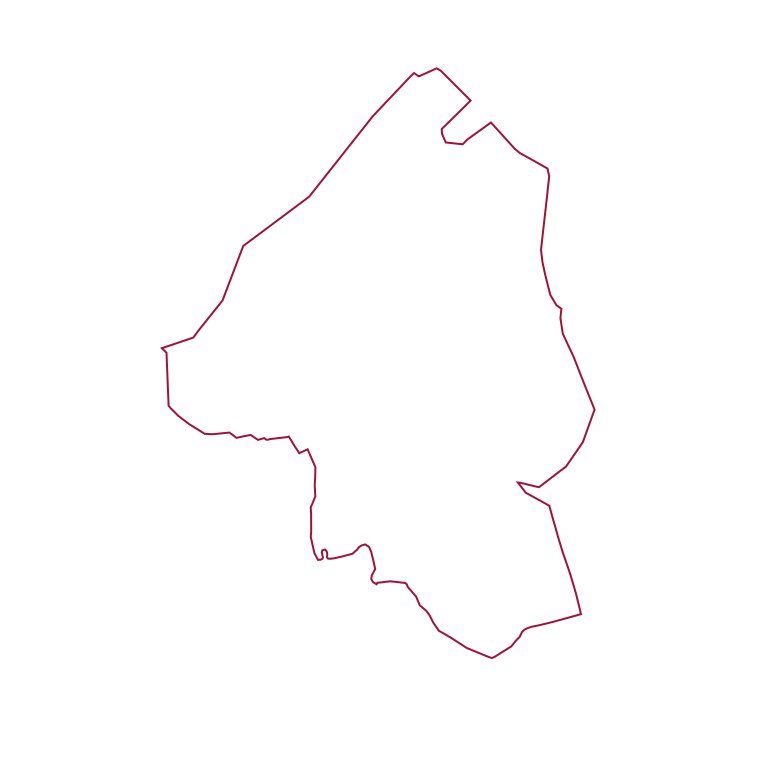 Sennar, Sennar, Sudan (orthographic projection), rotated 165°
{"feature_id": "16777658B61797456915649", "entity_name": "Sennar", "entity_type": "district", "adm_level": 2, "iso_a3": "SDN", "parent_name": "Sudan", "parent_adm1": "Sennar", "projection": "orthographic", "projection_center": [33.259, 13.557], "detail": "fine", "context": "isolated", "style": "outline", "palette": "rose", "viewbox_px": 768, "rotation_deg": 165, "n_neighbors": 0, "source": "geoboundaries", "source_scale": "gbopen_adm2", "svg_char_len": 2260}
<svg xmlns="http://www.w3.org/2000/svg" viewBox="0 0 768 768"><g transform="rotate(165 384 384)"><path d="M518.4,506.4L549.0,483.9L556.2,478.2L589.3,476.1L586.0,470.5L597.7,418.7L596.2,415.6L590.9,406.4L582.7,395.8L570.1,382.3L562.4,379.8L545.9,377.1L540.5,370.3L540.4,370.1L535.8,370.0L525.9,369.3L520.3,362.7L513.6,362.7L512.4,360.9L510.5,360.2L508.2,360.3L491.4,357.8L489.5,357.8L486.5,347.4L483.7,339.1L474.7,340.7L471.8,321.4L474.7,311.4L477.1,304.3L479.4,293.3L484.4,286.6L486.7,283.9L488.1,277.1L492.6,260.0L494.3,255.3L495.0,238.7L493.3,231.2L490.7,230.7L488.9,231.0L487.9,232.3L487.8,234.9L487.7,237.4L486.6,239.3L483.9,239.4L482.9,237.9L482.6,236.0L483.0,233.7L483.9,231.8L483.5,230.1L482.0,229.3L477.2,228.5L473.2,228.4L468.3,228.2L458.3,228.2L452.8,231.0L450.1,233.0L447.3,233.9L443.6,233.9L440.6,230.5L439.8,225.2L440.0,216.4L440.4,207.5L445.2,202.5L446.8,199.0L445.9,195.5L443.0,192.5L441.9,193.7L437.4,193.0L429.4,191.9L426.7,190.9L424.1,189.9L415.0,186.3L413.7,184.4L413.7,182.1L412.1,178.7L408.0,170.3L406.7,161.0L404.1,157.2L401.9,154.1L399.9,149.0L398.2,140.9L394.9,131.5L385.1,121.7L375.1,110.6L372.5,107.7L354.6,94.0L350.8,91.4L347.8,91.8L340.3,94.1L332.9,96.4L328.9,97.6L323.5,101.6L318.3,104.7L314.9,108.7L312.1,110.3L308.5,111.0L304.2,111.3L296.5,110.8L283.3,110.5L253.3,110.7L252.8,131.0L253.3,152.2L254.9,175.0L255.4,189.2L255.8,216.6L255.8,223.6L275.2,242.3L280.2,254.2L277.2,253.0L276.4,252.6L273.9,251.2L272.2,250.2L265.5,246.6L265.3,246.4L263.7,245.6L261.1,244.2L257.6,245.6L256.1,246.2L255.6,246.4L249.1,249.1L238.3,253.6L233.6,255.5L229.6,257.1L227.4,259.0L226.8,259.5L224.2,261.7L221.6,263.9L215.3,269.2L211.9,272.1L207.1,276.2L204.7,279.6L202.7,282.5L199.3,287.4L193.0,296.5L188.1,303.5L187.2,304.7L190.0,327.5L191.7,342.2L193.6,359.4L193.9,362.0L194.8,366.7L198.3,386.3L196.5,402.1L193.2,410.7L197.1,415.6L200.3,427.1L200.1,445.0L199.8,452.4L199.4,460.6L197.6,473.0L190.9,490.1L179.7,518.6L170.6,542.1L170.5,545.3L170.3,549.8L185.7,564.9L193.0,571.9L197.0,577.7L213.0,608.9L240.0,598.7L246.0,595.2L261.8,601.3L263.2,610.4L262.3,615.3L227.0,635.3L248.1,672.0L251.5,675.3L270.7,672.1L274.5,676.6L278.4,674.5L307.9,656.4L325.6,645.5L407.8,584.3L484.2,553.8L518.4,506.4Z" fill="none" stroke="#9f1239" stroke-width="2"/></g></svg>